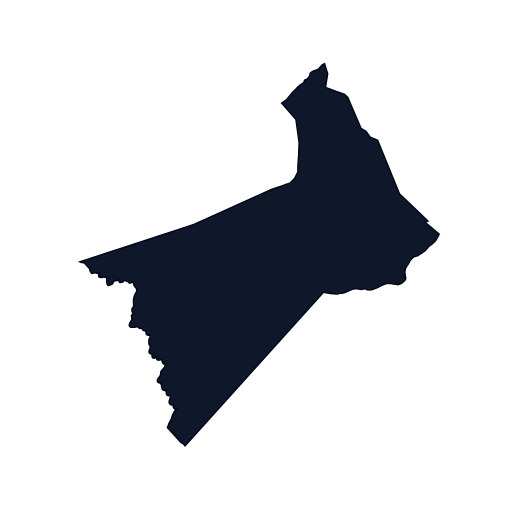 Mongomo, Wele-Nzás, Equatorial Guinea (Equal Earth projection), rotated 42°
{"feature_id": "11065452B93694652116414", "entity_name": "Mongomo", "entity_type": "district", "adm_level": 2, "iso_a3": "GNQ", "parent_name": "Equatorial Guinea", "parent_adm1": "Wele-Nzás", "projection": "equal_earth", "projection_center": [11.198, 1.625], "detail": "fine", "context": "isolated", "style": "filled", "palette": "ink", "viewbox_px": 512, "rotation_deg": 42, "n_neighbors": 0, "source": "geoboundaries", "source_scale": "gbopen_adm2", "svg_char_len": 5781}
<svg xmlns="http://www.w3.org/2000/svg" viewBox="0 0 512 512"><g transform="rotate(42 256 256)"><path d="M172.8,125.2L194.3,127.8L212.1,142.8L220.4,152.7L226.6,160.7L230.9,165.5L232.8,172.5L232.5,179.0L229.9,183.6L228.4,186.6L223.2,195.6L188.6,274.4L129.0,378.2L129.4,378.1L129.5,378.1L131.4,377.1L132.8,376.0L141.1,376.8L141.5,377.3L142.2,377.8L143.4,378.4L144.9,378.8L145.2,378.8L145.5,378.8L145.9,378.6L146.1,378.3L146.3,378.1L147.4,376.2L149.3,375.4L149.5,375.3L149.9,374.9L151.0,373.3L151.4,374.6L151.5,374.8L151.6,375.2L151.8,375.4L152.6,376.2L152.8,376.4L153.2,376.5L153.5,376.6L153.8,376.5L154.0,376.4L155.4,375.5L155.8,375.1L156.8,373.6L158.8,372.3L160.3,372.6L162.4,375.2L162.8,375.5L164.9,376.8L165.2,376.9L165.4,376.9L165.7,376.8L166.0,376.7L166.3,376.4L166.5,376.1L167.7,373.7L167.8,373.4L167.8,373.0L167.9,372.6L167.8,372.2L167.4,370.1L167.3,369.7L167.0,369.0L167.5,368.9L168.1,368.4L169.5,366.7L169.7,366.2L169.8,366.0L170.0,365.4L171.2,366.6L171.5,366.7L171.7,366.8L172.1,366.9L172.5,366.8L172.7,366.6L173.0,366.4L174.1,364.9L174.4,364.4L174.5,364.0L174.5,363.4L174.4,362.8L174.2,362.1L178.6,360.6L179.3,360.8L179.5,360.9L179.9,360.8L180.2,360.7L180.5,360.5L180.8,360.0L181.7,358.1L182.1,357.4L182.8,357.9L184.3,359.1L184.6,359.2L186.2,359.8L186.4,359.9L189.0,360.2L190.4,361.3L191.1,362.6L192.1,366.6L192.2,366.9L192.3,367.1L193.8,369.8L194.0,370.1L195.9,372.4L198.1,374.5L198.9,375.3L199.0,377.4L199.1,377.9L199.2,378.3L199.3,378.4L199.6,378.8L201.3,380.3L201.5,380.4L201.8,380.5L202.1,380.5L202.4,380.5L203.1,380.2L203.3,380.4L203.2,382.5L203.2,383.3L203.4,383.7L203.7,384.0L204.0,384.0L204.5,384.1L204.7,384.6L205.1,385.1L206.2,386.2L206.5,386.6L206.7,388.2L206.9,389.2L207.0,390.0L207.2,390.3L207.8,391.8L208.3,392.4L208.8,392.7L209.5,392.9L210.0,392.9L210.4,392.8L210.7,392.6L210.9,392.5L211.1,392.4L212.0,391.5L212.8,390.8L214.0,389.5L214.1,389.3L214.2,389.2L214.4,388.8L214.6,388.6L214.8,388.4L215.1,387.9L215.2,387.6L215.4,387.5L215.5,387.4L215.9,387.6L216.4,387.8L216.9,387.8L217.1,387.8L217.3,387.8L217.9,387.5L219.1,386.5L219.3,386.2L220.9,386.5L221.3,386.6L221.5,386.7L222.0,386.7L222.3,386.6L222.6,386.5L222.8,386.3L223.0,386.3L223.6,385.6L223.9,385.4L224.1,385.4L224.5,385.7L224.6,385.9L225.3,386.2L225.6,386.4L225.8,386.7L226.0,386.8L226.1,387.0L226.5,387.3L227.2,387.6L227.6,387.5L228.1,387.4L228.6,387.2L228.9,387.0L229.5,386.6L230.9,385.7L231.1,386.2L231.6,387.2L231.7,387.5L231.9,388.1L231.9,388.6L232.0,388.8L232.1,389.1L232.3,389.6L232.9,390.4L233.0,390.5L233.4,391.0L233.6,391.1L233.7,391.3L233.9,391.5L234.4,392.1L234.8,392.5L235.1,392.8L235.6,393.2L235.9,393.3L236.4,393.5L237.0,393.7L237.5,393.8L238.3,394.1L238.5,394.4L238.5,394.6L239.2,395.8L239.5,396.8L239.6,397.1L239.7,397.3L240.3,398.5L240.5,398.6L240.6,398.8L240.9,399.1L241.5,399.4L241.9,399.5L242.5,399.3L243.3,399.1L243.9,398.7L244.1,398.4L244.5,398.8L245.3,399.4L245.6,399.8L245.8,400.0L246.0,400.2L246.3,400.4L246.6,400.5L247.0,400.7L247.4,400.7L248.0,400.6L248.3,400.5L248.8,399.9L249.1,399.3L249.3,398.9L249.5,398.1L249.8,397.3L250.1,397.8L250.2,398.1L250.4,398.3L250.6,398.6L250.8,398.7L251.1,398.9L251.4,399.1L251.6,399.1L251.9,399.2L252.3,399.1L253.0,398.8L253.6,398.3L254.1,397.6L254.4,397.1L254.9,396.6L255.2,396.3L255.5,396.2L255.9,396.3L256.1,396.6L256.3,396.7L256.5,396.9L256.8,397.1L257.2,397.4L257.4,397.4L257.5,397.5L258.1,397.8L258.7,398.0L259.0,398.0L259.9,398.0L260.2,397.9L260.4,397.8L260.5,397.7L261.3,397.0L261.6,397.5L261.8,398.0L262.1,398.9L262.4,400.1L262.5,401.4L262.5,404.2L262.6,405.0L262.7,405.3L262.8,405.6L263.1,406.2L263.2,406.4L263.4,406.7L264.0,407.3L264.2,407.6L264.6,408.4L264.8,409.0L264.9,409.4L265.1,410.0L265.1,410.4L265.1,411.4L265.1,411.6L265.1,411.8L265.3,412.7L265.5,413.6L265.8,414.3L266.1,414.6L266.6,415.1L267.0,415.2L267.3,415.3L267.8,415.4L268.1,415.3L268.3,415.3L268.7,415.1L269.1,414.9L269.4,414.7L269.8,414.3L270.2,414.7L270.8,414.8L271.3,414.7L271.8,414.5L271.9,414.8L272.1,414.9L272.2,415.2L272.5,415.6L272.7,415.8L272.9,415.9L273.3,416.2L273.8,416.5L274.8,417.2L275.6,417.7L276.1,417.8L276.5,417.7L276.8,417.6L277.0,417.6L277.2,417.4L277.6,417.3L278.7,416.7L279.2,416.6L279.5,416.7L280.1,416.9L280.5,417.2L280.8,417.6L281.4,418.2L281.9,418.5L282.2,418.7L282.4,418.7L282.6,418.8L283.0,418.9L283.6,418.8L284.1,418.6L284.8,418.1L285.7,417.4L286.4,417.1L286.7,417.6L287.1,418.8L287.5,419.5L287.8,420.1L288.0,420.5L288.2,421.1L288.7,422.0L289.3,422.8L289.8,423.2L290.4,423.5L290.6,423.5L290.9,423.6L291.8,423.6L292.4,423.5L293.4,422.8L293.6,422.6L293.8,422.4L294.1,421.9L294.9,422.9L295.4,423.4L296.1,423.8L296.8,424.0L297.0,424.0L297.8,424.1L298.0,424.0L298.7,423.8L299.0,423.5L299.2,423.3L299.3,423.2L299.6,427.0L300.5,430.3L301.9,433.3L302.6,435.7L303.4,438.8L305.1,442.8L325.0,444.8L328.1,444.2L330.3,444.6L330.4,237.8L336.4,234.1L338.8,232.3L341.7,230.0L343.7,227.2L345.2,225.7L346.6,223.4L347.9,220.5L348.9,218.2L350.2,215.7L352.0,213.5L354.1,212.0L356.7,210.4L358.7,207.5L359.9,207.1L362.0,206.3L364.7,203.5L367.4,198.2L369.1,193.6L371.5,188.9L374.1,186.6L377.7,184.3L380.9,182.1L382.4,179.1L383.0,174.7L382.4,172.6L379.5,170.2L377.4,168.5L375.6,165.6L374.8,162.4L374.4,159.3L373.5,156.1L373.7,151.2L376.0,147.5L377.3,142.4L378.2,138.6L378.0,133.2L378.9,128.9L379.2,124.7L378.3,119.9L377.5,117.9L377.5,117.2L359.0,117.8L360.4,115.0L321.0,113.8L268.9,88.6L261.4,91.3L254.3,89.8L248.7,90.9L218.0,76.7L213.4,76.7L202.9,81.1L194.8,84.2L187.3,72.6L178.2,67.2L177.4,69.5L177.3,72.1L177.4,75.2L177.3,75.7L175.4,79.2L174.4,81.4L174.0,83.9L175.2,86.0L175.4,86.6L175.7,89.7L175.6,89.9L175.7,90.0L175.6,90.4L175.5,90.5L174.5,92.8L175.3,94.8L175.4,95.5L175.3,95.9L174.3,99.8L174.0,102.2L174.0,106.2L173.6,109.9L173.8,113.2L174.0,116.5L174.0,120.2L173.9,120.6L172.8,125.2Z" fill="#0f172a" stroke="#020617" stroke-width="1.5"/></g></svg>